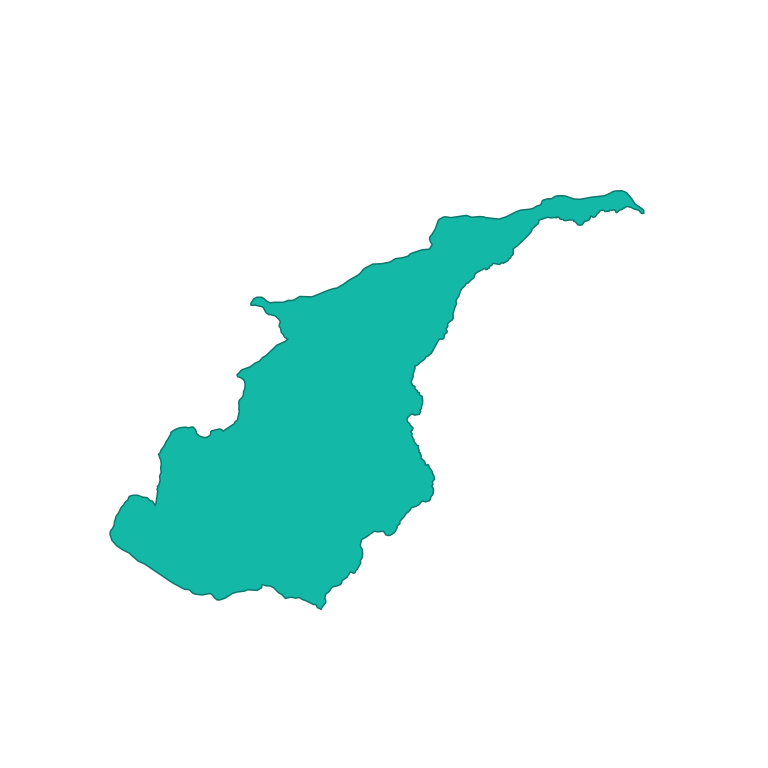 the district of La Salina, Casanare, Colombia, rotated 54°
{"feature_id": "7082276B42027668960316", "entity_name": "La Salina", "entity_type": "district", "adm_level": 2, "iso_a3": "COL", "parent_name": "Colombia", "parent_adm1": "Casanare", "projection": "natural_earth1", "projection_center": [-72.339, 6.211], "detail": "fine", "context": "isolated", "style": "filled", "palette": "teal", "viewbox_px": 768, "rotation_deg": 54, "n_neighbors": 0, "source": "geoboundaries", "source_scale": "gbopen_adm2", "svg_char_len": 6130}
<svg xmlns="http://www.w3.org/2000/svg" viewBox="0 0 768 768"><g transform="rotate(54 384 384)"><path d="M432.8,666.1L435.5,662.9L436.6,662.3L440.8,661.7L443.1,660.2L447.7,655.2L451.4,647.6L453.8,646.8L456.8,646.9L460.3,646.1L462.1,644.0L463.8,638.7L464.4,629.5L466.0,625.0L469.4,618.9L470.5,615.0L476.4,608.0L476.9,603.2L476.4,602.2L474.9,600.9L475.0,600.1L477.9,598.1L480.3,594.9L484.1,593.0L490.8,592.0L494.4,590.4L499.5,589.8L501.4,585.3L503.1,583.2L505.2,581.6L506.5,578.8L507.8,577.6L510.0,576.9L514.1,574.2L520.7,570.8L522.4,568.8L525.7,569.3L529.4,567.2L528.2,565.5L526.6,559.6L525.1,558.5L522.2,557.5L519.7,554.5L519.7,550.1L518.0,546.4L517.9,544.9L519.8,540.6L520.6,536.7L520.0,535.2L518.5,533.8L518.6,527.3L516.3,522.1L516.5,521.3L519.1,520.0L519.6,518.5L518.3,516.3L518.1,514.7L515.6,508.9L515.0,507.9L512.9,507.0L511.7,503.6L510.1,502.5L509.2,501.3L504.8,498.7L502.0,498.7L501.0,498.1L499.7,497.2L496.7,493.3L497.3,489.2L497.4,478.4L499.7,476.2L502.6,471.5L503.8,470.9L507.0,471.2L508.7,470.1L509.9,468.3L510.2,465.9L510.3,463.4L509.7,461.2L508.4,458.5L506.6,456.7L506.4,453.4L504.4,451.9L503.2,445.9L501.7,441.8L501.9,440.3L501.2,436.4L500.2,434.7L501.9,429.4L502.1,425.9L501.4,424.0L501.4,422.1L502.0,420.9L503.8,419.7L504.6,416.7L505.2,415.9L504.5,414.2L502.7,412.3L502.4,410.6L501.6,408.8L498.9,406.2L497.2,405.5L494.9,405.4L494.0,403.5L491.5,402.3L490.8,399.1L487.7,397.7L485.6,397.5L484.1,396.7L480.1,396.2L479.1,396.6L475.6,395.6L475.0,395.8L474.7,397.2L473.8,398.0L472.1,397.1L469.5,396.7L465.9,397.7L463.6,395.9L462.4,395.8L461.3,395.1L459.5,395.8L458.5,394.7L455.6,393.7L454.1,392.6L452.9,393.4L447.9,393.4L446.4,392.3L445.1,392.7L443.8,392.0L441.9,392.0L441.0,390.6L438.3,390.2L437.9,388.0L436.8,386.4L432.3,387.0L430.8,386.4L429.9,387.0L428.6,387.1L426.1,386.3L425.0,384.3L424.5,381.2L424.6,379.5L425.5,377.9L426.4,378.0L427.2,377.5L429.2,373.3L427.8,370.5L426.1,370.4L425.9,368.2L424.1,366.7L422.6,364.5L420.2,362.5L416.4,360.4L414.0,361.6L411.8,360.5L411.2,360.7L410.4,361.8L409.1,361.0L406.1,361.8L404.2,360.4L401.8,361.7L400.9,361.1L399.7,361.5L397.6,360.0L395.2,356.0L393.4,354.9L389.3,349.4L388.0,348.8L387.6,348.2L388.1,347.1L388.3,344.5L387.8,341.9L387.9,336.8L386.7,334.0L387.3,332.3L386.9,329.8L387.1,327.8L380.4,313.6L380.4,312.5L382.1,310.3L382.2,308.7L379.5,306.1L379.3,302.6L378.6,302.0L376.3,301.6L375.7,300.9L375.1,298.7L372.7,297.2L372.2,295.2L372.3,291.3L371.8,289.7L367.5,286.6L363.0,280.6L361.8,278.2L359.0,276.9L357.7,274.6L357.1,272.2L353.9,267.7L352.6,265.0L352.1,260.8L351.0,258.2L351.7,256.6L350.9,251.6L351.1,249.0L348.7,245.9L348.3,244.2L349.0,238.4L349.4,237.6L349.2,235.4L349.7,234.7L351.2,234.4L351.9,233.1L351.6,231.6L352.1,230.5L350.8,229.4L351.3,226.9L350.7,225.7L350.7,224.6L355.2,220.3L355.1,217.5L356.4,216.5L357.1,211.6L356.4,209.7L356.2,207.1L355.2,205.9L355.3,204.5L354.6,202.9L350.6,199.8L350.6,194.8L348.8,182.1L347.6,176.2L346.3,173.7L345.6,173.1L344.8,164.8L342.6,162.3L345.3,153.6L348.1,151.0L349.1,148.8L350.5,147.1L350.3,146.3L351.0,146.3L351.1,145.3L352.8,144.4L353.7,144.7L355.2,143.7L356.0,142.4L357.5,142.2L358.8,140.8L360.2,137.7L362.1,135.1L362.9,134.6L363.9,134.9L364.6,134.1L366.3,133.7L369.2,133.6L370.9,132.0L371.6,129.9L370.3,126.0L371.5,123.4L371.7,121.6L370.9,119.4L369.6,118.4L370.0,117.7L372.2,116.7L372.8,114.6L371.6,111.3L371.6,109.1L370.9,108.3L371.1,106.3L372.4,104.1L374.5,103.8L375.4,101.9L376.5,100.7L376.1,99.1L377.3,97.8L378.2,95.6L379.7,95.0L381.2,95.4L382.1,95.0L381.9,90.9L382.6,89.3L383.0,83.7L383.8,82.4L386.7,80.0L388.3,79.5L391.0,77.6L393.0,75.8L397.1,75.5L398.1,74.6L398.4,73.2L397.7,72.8L396.2,71.9L394.5,72.0L385.8,75.1L379.5,74.7L371.8,75.3L367.6,77.8L364.9,81.6L362.9,85.4L362.6,89.2L361.2,95.2L355.2,105.6L349.7,117.0L346.0,121.5L338.4,126.9L335.2,130.7L333.2,134.0L332.7,136.4L332.6,139.5L330.3,142.9L328.9,146.7L328.8,148.1L331.2,152.0L329.8,156.1L329.6,159.8L328.4,163.1L323.7,171.1L322.5,175.2L320.6,186.7L318.2,194.0L309.4,203.7L307.4,205.1L304.6,208.4L300.7,215.0L296.1,218.1L288.7,232.1L285.1,235.7L283.9,237.7L283.2,242.5L283.6,244.0L288.6,251.2L291.4,257.8L291.7,260.0L292.6,261.2L294.0,262.2L296.0,262.8L299.1,263.0L300.1,264.0L300.7,266.3L301.7,267.4L301.6,268.0L297.9,274.1L295.1,282.7L294.2,285.9L294.6,289.2L294.2,290.9L292.8,294.6L289.4,301.0L288.8,307.7L285.3,315.2L280.4,322.6L279.1,331.3L279.1,333.2L280.4,337.7L280.6,340.7L279.4,352.0L279.5,359.0L279.1,360.7L278.8,365.6L277.2,368.6L275.5,373.6L271.2,391.0L263.6,400.8L263.3,406.9L262.8,408.2L262.2,409.6L260.0,412.4L258.8,417.3L253.0,425.3L251.8,428.1L248.6,429.9L242.7,431.5L241.4,432.6L239.1,435.9L238.6,439.2L240.0,443.4L241.1,444.8L242.2,445.2L244.5,441.9L249.9,437.2L251.3,436.7L256.2,437.5L257.6,437.3L260.4,436.3L260.9,435.2L265.1,431.9L270.2,431.0L272.9,431.4L273.5,431.9L273.7,432.9L275.8,435.0L277.7,434.8L282.0,436.8L284.7,436.4L287.7,437.0L291.1,435.4L291.5,438.6L289.6,447.9L291.7,462.8L291.2,466.5L292.3,471.4L291.3,476.4L291.5,480.6L291.1,483.4L289.1,490.0L289.1,492.4L289.9,494.8L290.0,497.1L290.6,497.8L292.2,498.0L293.9,496.6L297.7,495.1L299.2,495.1L302.8,496.6L306.2,499.7L307.5,502.0L310.5,504.5L311.5,506.6L312.2,510.9L314.1,512.9L315.8,513.6L319.4,516.5L320.9,517.0L326.9,523.6L327.2,527.3L328.0,528.1L328.1,529.0L327.5,541.9L325.2,542.2L323.8,543.4L320.6,550.9L320.9,552.5L322.8,553.9L323.4,555.1L323.2,557.7L322.2,560.1L320.8,561.7L317.6,563.8L315.7,564.4L314.2,564.7L310.5,563.4L306.7,563.7L305.7,564.9L304.5,568.2L302.4,569.7L299.4,574.8L298.1,579.6L297.8,584.2L298.0,585.0L298.9,585.5L301.6,591.3L302.4,593.8L304.7,598.0L306.9,604.2L308.1,605.6L308.2,607.6L312.6,609.0L314.0,609.1L317.9,611.3L320.5,613.9L324.5,616.2L326.7,619.8L330.4,621.8L333.3,625.4L333.6,627.5L334.6,627.6L335.8,629.6L337.6,629.9L346.2,638.4L347.6,640.5L342.7,640.2L340.6,642.1L336.9,642.3L333.7,645.7L329.0,648.8L326.1,653.2L325.2,656.2L327.2,659.4L327.4,662.7L328.7,665.6L329.4,669.2L332.0,673.9L333.6,678.5L337.4,683.4L339.5,685.3L341.3,688.4L341.8,690.9L342.6,692.3L344.3,693.9L350.8,696.1L358.3,695.2L365.2,692.6L371.6,689.2L372.8,689.3L382.7,687.0L389.0,683.4L420.3,672.1L432.8,666.1Z" fill="#14b8a6" stroke="#0f766e" stroke-width="1.5"/></g></svg>